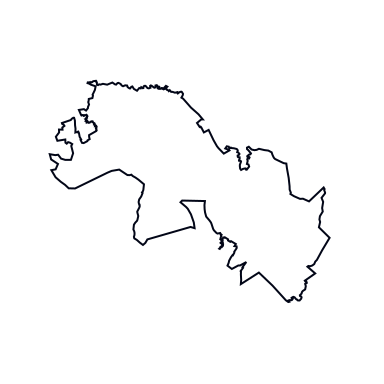 Auru pag., Dobele, Latvia (Albers equal-area conic projection), rotated 342°
{"feature_id": "27541924B19502695969152", "entity_name": "Auru pag.", "entity_type": "district", "adm_level": 2, "iso_a3": "LVA", "parent_name": "Latvia", "parent_adm1": "Dobele", "projection": "albers", "projection_center": [23.233, 56.585], "detail": "fine", "context": "isolated", "style": "outline", "palette": "ink", "viewbox_px": 384, "rotation_deg": 342, "n_neighbors": 0, "source": "geoboundaries", "source_scale": "gbopen_adm2", "svg_char_len": 5950}
<svg xmlns="http://www.w3.org/2000/svg" viewBox="0 0 384 384"><g transform="rotate(342 192 192)"><path d="M249.6,326.4L250.8,326.5L250.8,326.0L250.0,325.4L250.0,325.0L251.2,324.9L253.1,325.6L253.9,325.5L254.8,324.7L254.0,323.9L254.0,323.4L255.9,323.0L257.0,323.8L257.9,326.1L258.7,326.8L258.9,327.6L259.3,327.9L260.8,328.4L262.9,327.2L263.7,325.9L263.5,325.1L262.6,324.3L262.7,323.5L264.8,322.5L265.6,321.2L266.7,320.4L269.5,319.6L271.1,316.8L271.2,316.2L271.2,314.4L273.1,313.9L273.1,312.5L272.2,312.2L271.9,311.2L284.0,307.5L278.7,298.7L279.8,298.3L281.4,299.1L283.6,299.1L286.0,298.3L287.7,296.3L289.8,295.2L297.8,287.6L308.7,278.1L301.8,264.8L304.6,260.1L304.7,257.5L306.2,254.5L310.3,251.0L310.8,247.5L313.7,241.9L313.4,237.6L318.1,234.4L318.4,233.6L318.3,230.9L319.0,230.2L318.6,228.4L300.4,237.1L295.5,232.7L292.6,231.9L287.7,227.5L285.0,224.3L285.8,223.1L285.6,220.0L286.6,216.6L288.3,208.5L289.6,198.9L290.5,194.1L288.1,192.9L281.3,186.4L280.6,185.2L280.3,183.9L280.0,181.3L280.0,178.9L277.4,176.2L273.8,174.5L269.0,171.6L266.5,171.9L264.3,171.5L261.8,170.0L260.0,166.5L258.0,166.8L257.6,168.2L258.4,169.5L260.0,173.5L259.2,174.2L257.6,174.1L255.6,175.0L255.6,175.6L256.9,175.9L257.4,176.9L256.6,177.8L255.6,177.4L254.7,177.8L254.6,178.1L254.6,179.6L252.9,182.3L254.2,183.3L254.2,185.5L250.9,187.7L250.3,187.4L250.4,186.3L249.9,186.0L247.5,185.8L245.5,186.2L245.0,184.7L245.5,182.1L246.0,180.8L248.0,178.3L247.9,177.5L246.4,176.8L246.5,176.3L247.6,175.1L248.0,173.7L246.6,173.1L246.4,172.6L246.7,171.4L248.3,171.1L248.9,170.5L248.3,168.9L247.3,168.1L248.3,166.8L248.3,166.0L247.8,164.9L245.4,163.4L242.7,162.2L242.6,161.8L241.3,162.0L241.0,161.5L241.0,160.3L239.2,159.3L237.1,160.9L240.3,163.4L240.5,164.0L234.1,165.3L230.8,158.6L229.9,156.2L228.5,149.4L227.0,138.1L221.7,139.0L220.8,133.5L220.4,132.6L219.7,132.9L219.4,132.6L218.1,127.9L223.3,125.8L224.7,126.3L222.2,120.1L217.1,111.4L212.4,100.5L211.1,99.0L213.1,97.1L213.8,95.9L213.2,93.6L212.7,93.2L210.9,93.2L208.9,93.9L208.7,93.5L209.0,93.0L209.0,92.5L206.5,92.3L204.5,90.8L203.1,90.3L202.3,88.3L201.1,88.9L200.7,87.8L199.8,87.2L199.4,86.4L199.9,84.8L201.1,84.2L200.0,83.0L198.0,84.1L198.2,85.2L198.0,85.5L196.7,85.6L196.0,84.9L196.2,84.4L195.9,84.0L195.1,83.7L194.3,84.2L192.4,83.7L191.7,83.1L191.4,82.7L191.6,82.2L192.9,82.6L193.4,82.2L193.4,81.8L191.6,80.7L191.7,79.9L191.5,79.5L190.2,79.4L189.6,81.1L188.8,81.3L188.1,80.9L186.4,78.4L185.7,77.9L184.9,78.2L184.7,80.0L183.0,80.1L181.8,79.4L180.6,76.7L179.4,76.3L178.5,76.8L177.9,78.1L177.3,78.1L176.1,76.6L175.2,77.6L174.0,76.8L171.0,78.7L168.6,76.0L167.9,73.2L166.8,73.2L165.2,74.4L164.8,74.3L164.1,73.6L163.2,72.3L163.2,70.7L161.4,69.9L159.1,70.1L158.0,68.9L157.5,67.2L155.8,65.5L154.8,65.4L153.0,66.4L152.0,65.8L150.1,63.3L144.5,63.7L140.7,61.6L138.2,61.6L136.9,60.9L135.7,61.3L135.1,60.9L134.8,60.3L135.4,58.3L134.9,57.7L135.2,56.9L135.1,56.6L132.3,56.1L130.9,56.7L130.1,56.7L129.8,56.2L128.8,56.6L128.2,55.9L127.8,56.2L126.7,55.6L126.3,56.2L127.4,56.9L129.0,58.7L133.0,61.7L131.2,64.9L127.5,68.8L127.6,69.7L126.3,71.9L122.6,71.6L121.8,73.5L121.1,74.4L121.1,77.0L119.4,78.9L118.9,80.1L116.4,81.8L114.8,79.8L109.8,79.0L110.3,84.3L110.5,85.0L111.3,84.8L112.6,85.4L112.7,85.6L112.3,85.9L112.5,86.2L113.0,86.2L113.3,85.6L114.7,86.1L115.4,85.9L115.7,86.3L115.9,87.4L115.2,88.0L115.1,88.7L114.8,88.6L113.7,89.2L113.8,89.5L114.2,89.4L114.0,89.6L114.2,89.9L114.0,90.3L113.4,90.2L113.7,90.7L113.2,91.2L113.7,91.5L113.1,91.8L113.4,92.0L113.3,92.4L114.0,92.5L113.7,93.1L114.1,93.0L114.1,93.5L114.9,93.5L115.2,94.3L116.3,94.4L117.1,93.8L118.7,93.8L118.8,94.6L119.2,94.6L119.1,94.9L120.3,96.3L119.9,96.8L120.4,97.3L119.8,97.8L120.6,98.5L120.1,99.4L121.3,99.5L121.5,100.3L121.0,100.8L121.0,101.3L120.5,101.4L120.2,102.0L120.5,102.8L119.9,103.7L120.2,104.0L119.8,104.4L111.7,106.1L111.2,107.8L111.0,110.1L108.6,110.6L108.2,111.3L104.1,112.0L102.6,111.3L102.1,108.0L102.8,107.8L102.2,104.8L102.7,101.1L102.5,99.4L101.8,99.4L101.3,99.8L100.2,99.2L99.5,99.3L100.8,95.7L101.4,92.4L102.7,87.9L102.8,85.0L102.1,84.7L100.3,85.2L98.9,86.1L89.6,86.2L89.6,87.1L90.8,88.5L91.1,89.7L88.6,90.6L88.1,92.7L84.8,91.5L84.0,94.3L79.6,97.4L79.8,101.7L87.7,102.9L86.9,106.0L87.8,107.3L89.6,106.3L91.2,107.4L92.9,109.4L91.4,110.9L90.9,118.4L86.8,124.0L81.4,122.3L77.8,119.8L76.2,115.2L73.4,114.7L68.4,112.1L68.1,117.5L73.2,123.9L69.3,128.3L65.0,127.8L66.8,135.8L70.4,141.8L73.5,146.0L75.9,150.4L81.9,152.5L117.6,147.5L122.1,147.1L129.7,148.2L135.8,155.9L137.9,156.7L139.7,156.8L140.5,158.4L142.7,160.8L144.8,163.6L148.7,169.8L146.4,174.9L145.8,175.8L144.3,177.0L144.7,177.7L142.3,180.6L139.5,182.7L138.3,184.7L138.0,185.7L137.9,187.8L138.2,187.9L137.9,189.3L137.2,190.4L133.9,193.7L133.7,194.6L133.5,198.2L131.5,201.6L130.8,202.4L128.6,203.6L126.7,205.1L124.7,209.5L124.9,211.5L124.7,213.2L124.0,215.1L122.9,216.7L122.8,218.3L124.7,220.5L126.8,224.1L129.0,227.2L131.9,226.0L134.9,223.3L179.8,224.8L183.3,227.2L184.3,221.5L184.1,212.9L182.8,206.7L181.8,204.5L177.9,198.2L180.0,197.1L201.5,204.6L199.8,208.3L198.7,212.2L198.1,215.5L197.9,219.8L199.8,224.4L200.6,226.9L200.7,228.5L200.7,233.6L201.0,235.2L202.6,238.5L203.4,239.4L206.1,239.7L206.5,241.3L206.9,241.8L206.7,242.0L206.1,241.5L206.2,243.0L205.2,244.2L204.8,245.2L204.3,245.6L205.3,247.5L204.0,249.1L203.4,249.3L203.5,249.6L204.8,250.0L204.4,250.7L204.2,252.4L201.9,253.1L201.4,253.8L200.4,254.3L200.8,254.7L202.2,253.6L203.1,253.7L204.8,252.7L205.5,251.1L205.3,250.7L205.7,249.7L205.4,248.4L206.1,247.9L206.4,246.8L206.3,246.2L207.7,244.9L208.5,245.5L209.2,245.2L211.7,248.2L211.3,249.2L213.0,251.2L213.9,250.8L217.6,255.0L215.7,256.6L217.6,257.5L217.4,258.5L217.0,259.3L213.7,261.9L213.5,262.8L211.4,264.8L211.1,264.5L208.9,266.1L206.1,268.8L204.9,270.8L203.0,273.0L206.1,277.5L213.3,276.2L215.0,276.7L222.0,275.4L216.7,279.2L217.1,279.9L213.9,282.2L214.1,282.5L213.0,285.6L211.6,290.8L210.0,294.7L230.7,289.3L239.6,305.8L247.8,324.0L249.6,326.4Z" fill="none" stroke="#020617" stroke-width="2"/></g></svg>